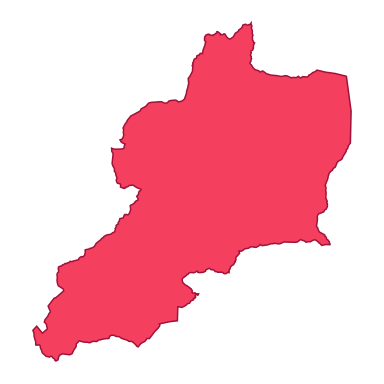 Sekyere Central, Ashanti, Ghana (orthographic projection)
{"feature_id": "2480657B47319682331963", "entity_name": "Sekyere Central", "entity_type": "district", "adm_level": 2, "iso_a3": "GHA", "parent_name": "Ghana", "parent_adm1": "Ashanti", "projection": "orthographic", "projection_center": [-1.176, 7.217], "detail": "fine", "context": "isolated", "style": "filled", "palette": "rose", "viewbox_px": 384, "rotation_deg": 0, "n_neighbors": 0, "source": "geoboundaries", "source_scale": "gbopen_adm2", "svg_char_len": 5907}
<svg xmlns="http://www.w3.org/2000/svg" viewBox="0 0 384 384"><path d="M177.4,320.8L177.8,306.7L181.9,307.4L185.5,305.6L187.6,303.7L189.6,303.1L191.0,300.8L193.5,299.9L193.7,299.3L193.5,298.5L195.1,298.0L195.7,297.0L195.1,295.9L195.5,294.7L197.0,294.4L197.2,295.1L197.9,295.2L198.6,293.9L196.2,293.7L194.7,292.7L193.1,293.3L192.0,292.4L192.4,291.0L191.3,289.0L187.5,286.1L185.2,284.9L182.9,282.6L182.3,280.9L182.3,278.8L182.7,278.2L186.0,275.8L187.1,274.5L187.8,274.5L189.1,272.9L191.0,272.5L193.9,272.8L197.4,271.1L197.9,272.4L199.5,272.7L203.3,272.3L205.5,271.2L205.8,269.9L209.1,268.4L209.7,268.4L211.2,269.7L213.6,269.8L215.3,271.6L216.8,271.7L217.7,272.3L222.3,272.2L224.2,273.7L226.0,273.6L228.1,272.3L229.0,272.7L229.2,271.6L228.7,271.1L229.9,269.1L229.7,268.8L230.2,268.3L230.4,267.2L231.7,265.7L233.5,264.7L234.7,262.6L234.6,262.2L235.4,261.8L235.3,260.7L236.0,259.9L235.7,258.1L236.1,257.2L239.6,253.3L238.9,251.1L239.7,250.9L240.8,251.3L242.8,250.5L244.5,248.9L248.5,248.2L251.0,246.7L256.0,247.4L258.4,246.2L260.3,244.5L261.4,245.4L262.7,245.6L268.0,244.8L270.6,243.8L273.6,243.7L274.3,243.2L278.4,243.9L280.2,243.7L283.9,242.0L295.7,242.3L297.5,241.9L300.5,239.6L304.5,241.0L305.9,242.2L308.3,241.7L310.2,241.8L313.1,240.2L315.3,239.8L317.7,241.5L319.0,243.0L319.9,243.4L321.7,245.4L325.9,244.5L329.9,244.7L330.0,243.6L329.4,242.9L329.3,241.7L327.9,239.9L326.9,239.4L326.0,237.0L325.0,236.2L324.8,235.0L319.3,231.9L318.0,229.2L317.8,227.9L316.5,226.6L317.5,218.9L317.2,216.8L317.8,214.8L318.6,213.9L323.7,211.9L324.9,209.8L326.3,209.0L327.4,206.5L327.4,203.8L326.7,202.7L327.3,201.4L325.8,198.0L326.1,192.5L325.7,190.2L326.0,188.4L325.8,186.5L325.1,185.5L327.8,178.7L328.3,175.7L328.8,174.9L328.8,173.7L330.8,171.3L332.5,170.2L333.2,168.5L335.3,167.1L337.3,162.2L338.5,161.1L341.2,159.7L342.3,158.5L342.7,157.0L346.1,151.6L346.3,149.8L347.5,148.7L348.5,145.6L350.4,143.0L351.1,111.1L346.4,76.3L335.2,73.5L325.3,72.1L316.9,70.1L315.3,71.6L312.6,72.6L311.1,74.0L308.8,75.2L308.2,76.4L307.3,77.0L302.7,76.6L301.3,77.7L300.4,78.0L298.3,76.3L296.3,77.6L292.9,77.4L291.3,77.8L287.1,75.9L285.1,75.6L282.9,76.3L280.6,76.4L276.6,75.6L271.0,75.1L266.4,73.7L263.2,71.2L262.2,71.0L260.4,72.1L258.5,70.7L254.9,69.6L252.9,67.5L251.5,65.1L250.3,63.9L249.8,62.5L250.9,61.4L250.9,60.3L251.6,58.8L251.1,57.4L251.3,56.4L250.4,55.3L251.3,52.8L250.8,51.8L251.0,51.1L252.6,50.0L253.3,48.6L253.5,45.2L254.6,42.9L253.4,42.4L253.5,41.6L252.5,39.8L252.4,36.6L253.0,35.3L252.2,33.3L252.4,31.2L251.3,27.5L251.9,26.3L251.5,24.8L251.0,24.2L251.1,23.0L249.7,24.7L249.0,24.6L247.7,25.3L245.4,24.2L242.8,25.1L242.3,26.8L241.5,28.0L238.6,30.1L238.5,31.0L237.6,31.8L235.3,33.2L233.3,36.9L229.9,39.2L227.9,38.2L226.6,36.9L225.0,34.1L224.1,33.8L222.2,34.8L221.0,34.4L220.4,34.8L220.1,33.5L217.9,31.8L216.9,31.7L216.9,32.8L215.9,33.5L215.3,33.5L215.1,34.1L213.7,35.0L213.1,34.8L212.7,35.4L210.6,35.2L209.1,34.2L208.4,34.5L208.0,34.2L205.9,35.1L204.9,36.6L204.5,38.3L204.6,40.6L205.9,42.0L205.2,43.1L205.2,44.5L203.2,49.6L202.4,53.6L200.3,53.3L198.8,55.4L198.2,55.2L196.7,56.0L196.6,58.0L195.7,58.6L195.0,58.6L193.8,60.0L193.4,62.1L192.7,62.8L192.9,63.9L192.6,64.3L192.9,65.1L192.2,65.8L192.7,66.2L193.0,67.4L192.7,67.9L192.4,71.5L189.9,76.2L188.2,78.4L188.7,84.2L188.0,85.5L188.0,86.8L186.6,91.3L186.4,93.5L184.4,99.1L182.2,101.0L178.4,101.9L176.5,100.4L175.5,100.1L170.6,100.5L168.8,101.1L167.4,102.7L165.8,103.2L164.6,103.1L161.6,101.8L160.3,101.7L150.9,102.4L148.6,103.1L145.7,106.4L141.2,108.8L140.4,110.5L139.6,111.3L130.8,116.0L127.1,120.6L127.0,121.5L125.1,124.0L123.0,128.1L123.6,129.1L123.3,132.8L123.8,134.8L123.0,137.6L121.9,139.2L120.0,139.8L121.1,141.9L121.7,141.9L122.1,142.7L125.1,144.1L124.2,146.1L123.9,148.3L122.0,149.0L115.7,149.2L113.3,148.9L111.6,148.2L111.8,151.3L113.1,153.8L112.1,163.4L112.7,165.6L114.4,168.6L114.4,171.5L115.7,172.8L115.8,174.7L117.0,178.2L116.2,180.0L116.7,182.0L117.5,183.2L120.3,184.0L120.6,184.7L120.5,187.1L123.8,188.4L124.1,187.9L124.6,188.3L125.3,188.0L126.0,187.5L126.0,187.0L127.8,186.7L129.2,185.5L133.0,185.1L136.9,187.7L141.0,189.2L141.1,189.5L140.6,190.5L139.2,191.2L138.7,192.5L138.5,194.6L137.5,195.2L136.7,196.5L138.1,198.6L137.9,200.1L135.9,201.0L135.3,202.1L134.6,202.2L134.5,203.0L132.0,204.7L130.7,205.1L130.2,205.7L130.7,209.6L129.5,213.0L128.5,214.5L127.4,214.9L126.4,214.4L124.7,214.6L124.7,215.1L124.2,215.2L123.2,217.9L119.9,218.6L119.3,220.9L118.0,223.0L118.3,224.1L116.4,225.1L116.0,225.8L116.3,226.9L115.1,228.5L115.4,229.3L114.6,231.9L112.9,232.6L110.5,234.3L106.9,234.9L104.0,236.4L103.3,237.5L101.7,238.4L100.9,239.6L96.3,243.2L94.1,246.8L91.5,248.1L89.7,248.4L89.1,249.0L85.5,249.7L85.1,250.0L85.3,252.6L84.5,255.3L83.0,256.9L81.4,256.6L80.0,257.4L78.8,258.6L78.6,259.7L72.7,261.2L72.2,261.7L70.2,261.3L69.2,262.4L67.1,263.0L66.6,263.6L65.0,263.5L64.0,264.4L62.5,264.9L61.3,266.2L60.3,266.1L58.6,266.9L58.2,269.0L58.6,269.6L58.5,272.0L57.4,273.1L57.0,274.5L57.3,277.9L57.0,280.1L57.4,283.2L58.3,285.8L63.0,288.8L63.8,290.8L56.2,297.4L54.0,298.3L48.1,306.1L50.5,311.9L49.1,313.4L47.6,316.5L45.0,319.7L44.3,322.1L46.1,323.7L47.4,328.8L42.4,333.2L36.7,326.2L32.9,330.3L34.0,333.4L34.1,336.4L35.7,341.9L35.7,344.9L36.6,345.2L39.5,344.9L40.2,345.9L40.4,348.0L41.7,350.7L42.3,352.9L46.0,356.2L49.5,357.1L50.3,356.4L52.0,356.5L52.7,357.7L54.9,359.4L54.9,360.3L55.9,361.0L58.0,359.9L58.8,356.6L59.6,355.3L62.4,353.8L69.6,354.8L72.1,353.7L73.6,350.4L76.1,346.7L76.3,343.7L77.8,342.5L79.2,340.7L81.7,341.6L85.4,342.3L86.8,342.1L89.6,342.8L93.0,341.3L96.7,341.5L99.1,339.8L100.3,339.9L101.8,339.3L106.0,338.6L108.8,338.6L109.6,336.6L110.7,335.4L113.5,335.2L116.4,336.5L119.1,336.6L121.6,338.4L127.0,340.1L128.8,341.3L132.3,341.6L135.6,344.6L136.8,346.2L138.1,346.9L141.0,343.4L145.0,341.3L147.0,338.5L149.3,338.6L149.8,338.1L154.7,331.6L157.9,328.4L159.7,325.9L159.8,324.8L159.3,323.9L170.2,321.6L177.4,320.8Z" fill="#f43f5e" stroke="#9f1239" stroke-width="1.5"/></svg>